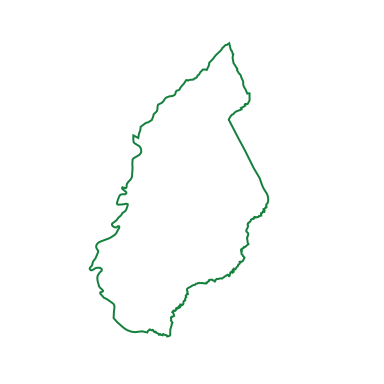 the district of Rong Kham, Kalasin, Thailand, rotated 21°
{"feature_id": "78962969B70209465678714", "entity_name": "Rong Kham", "entity_type": "district", "adm_level": 2, "iso_a3": "THA", "parent_name": "Thailand", "parent_adm1": "Kalasin", "projection": "albers", "projection_center": [103.731, 16.292], "detail": "fine", "context": "isolated", "style": "outline", "palette": "green", "viewbox_px": 384, "rotation_deg": 21, "n_neighbors": 0, "source": "geoboundaries", "source_scale": "gbopen_adm2", "svg_char_len": 6067}
<svg xmlns="http://www.w3.org/2000/svg" viewBox="0 0 384 384"><g transform="rotate(21 192 192)"><path d="M168.8,340.3L176.6,343.2L178.9,343.8L181.3,344.2L185.6,344.1L188.9,343.3L195.5,339.9L200.6,339.2L200.7,337.4L201.5,336.4L201.6,335.6L201.9,335.4L203.9,335.6L204.3,335.4L204.5,334.9L205.0,334.8L205.4,335.0L205.6,335.4L206.9,336.2L207.4,336.2L207.8,335.5L208.1,335.4L209.0,336.2L211.8,336.4L212.3,337.1L212.7,336.9L213.2,336.1L214.1,336.5L215.8,336.3L215.7,335.3L216.0,335.0L217.7,335.2L218.3,335.0L219.9,334.9L220.2,335.1L220.3,335.6L220.6,335.7L222.4,334.6L222.9,333.3L221.1,328.5L220.7,323.5L220.3,322.2L220.6,321.9L220.5,320.8L218.4,319.6L218.3,318.5L217.4,317.0L217.5,315.9L218.6,315.5L219.2,314.5L219.7,314.0L218.7,312.8L217.9,311.6L216.7,311.2L217.3,310.2L217.1,309.6L217.3,309.3L217.7,309.4L218.1,309.0L218.7,309.1L219.0,308.9L219.1,308.2L219.4,307.7L219.0,306.7L219.5,306.5L219.8,305.8L220.3,306.0L220.9,305.3L219.9,305.2L220.6,304.5L220.7,303.7L221.6,303.6L221.1,303.1L221.5,301.8L221.4,301.2L222.0,301.0L222.5,302.1L223.2,301.3L223.2,300.9L224.0,300.3L223.9,299.1L223.4,297.9L223.6,297.3L223.5,296.7L224.0,296.3L224.5,295.5L223.9,294.7L224.0,293.8L223.9,292.7L224.3,292.1L223.5,291.4L223.3,290.9L223.8,290.0L223.9,289.2L224.7,288.9L224.8,288.6L223.7,287.9L223.5,286.5L222.4,285.5L222.2,284.2L222.9,282.8L224.2,281.5L225.9,279.2L226.9,278.2L228.1,277.5L228.6,276.3L229.5,275.8L230.2,274.9L231.1,274.7L231.6,274.1L233.6,273.7L234.3,273.2L236.2,273.0L237.0,272.5L237.8,272.5L238.0,271.6L238.6,271.3L238.5,270.8L238.8,270.4L239.0,269.9L239.5,269.6L239.7,269.2L239.5,268.1L239.7,267.8L242.2,266.6L243.2,267.1L244.4,266.7L245.1,267.4L245.4,267.4L245.7,265.3L246.2,264.3L247.9,263.7L249.3,262.5L251.0,262.1L253.1,258.8L254.5,257.1L254.8,256.5L255.5,256.5L256.5,257.3L257.0,257.2L257.0,255.0L256.7,253.8L256.8,253.0L257.3,252.7L258.7,252.9L259.4,251.9L259.4,251.5L259.2,251.2L258.1,251.3L257.8,250.8L257.8,250.5L258.5,248.7L259.1,249.1L259.6,249.2L260.3,248.3L260.6,246.2L261.4,244.9L261.2,243.2L261.8,242.6L262.2,241.8L262.1,241.1L261.5,240.1L261.9,239.8L262.4,240.1L262.8,240.0L264.1,238.3L264.6,234.8L264.6,234.6L263.9,234.3L263.5,233.8L262.5,233.5L261.6,232.5L260.6,232.2L259.4,230.2L259.8,229.6L259.8,229.3L259.1,229.2L258.5,228.7L258.6,227.7L259.3,227.3L259.3,226.6L260.2,225.9L260.2,224.6L261.1,224.3L261.7,223.8L262.0,222.7L263.4,220.4L262.1,219.3L260.9,216.9L259.8,215.4L260.0,214.5L259.7,214.1L259.9,212.4L259.6,211.0L258.7,210.1L257.7,209.8L256.5,208.8L256.4,207.1L256.6,206.4L256.7,204.1L256.4,203.2L255.7,202.8L255.4,201.2L256.4,199.9L256.4,199.3L256.8,199.0L257.1,197.6L257.0,196.8L257.2,196.3L258.5,195.0L259.2,195.0L259.3,194.6L259.0,193.7L259.3,192.8L260.1,192.7L260.9,193.0L261.8,192.0L262.7,191.7L263.1,190.5L263.7,190.4L264.3,189.7L265.1,189.2L264.5,188.1L264.5,187.7L264.1,187.4L264.1,187.0L264.9,186.8L265.2,184.7L265.5,184.7L265.7,185.1L266.2,184.9L265.7,184.4L265.6,183.9L266.5,184.1L266.4,183.3L265.3,183.1L264.9,182.3L265.8,181.8L266.0,180.7L266.6,180.3L267.0,179.4L266.9,179.2L266.4,179.2L266.2,177.7L265.8,177.1L266.5,175.4L266.4,174.7L266.6,174.2L265.7,171.3L264.9,169.6L262.7,166.9L257.5,163.0L254.8,160.3L250.2,154.8L241.1,147.6L226.3,134.0L216.6,125.7L200.4,111.3L200.7,108.3L201.5,105.7L202.6,104.6L203.4,102.5L204.2,101.2L206.2,99.3L207.9,97.9L208.7,97.0L208.7,96.7L207.6,96.0L210.1,93.3L210.8,92.3L209.9,91.4L210.2,90.7L212.1,90.1L212.4,89.9L212.9,86.2L212.8,85.6L210.4,79.3L209.9,79.4L208.5,80.3L208.3,80.3L205.5,77.3L202.5,74.9L201.3,73.3L200.2,70.5L196.9,67.3L195.8,65.7L194.7,65.0L193.6,64.6L190.7,62.4L190.3,61.9L190.4,61.2L189.7,60.5L189.2,60.0L188.7,59.9L187.2,58.6L184.6,56.8L181.7,52.0L181.1,48.5L180.5,48.5L178.9,46.2L177.6,45.7L177.1,45.1L173.4,39.8L171.9,42.1L170.8,42.7L170.4,43.1L169.5,45.3L168.8,46.5L168.6,48.0L168.0,50.0L165.3,55.6L164.5,57.9L164.0,60.0L162.1,64.5L161.8,65.5L162.1,66.2L162.4,68.0L162.0,72.8L160.9,72.8L158.6,73.6L158.0,74.2L157.5,75.8L156.9,76.9L156.5,79.7L155.5,81.2L155.4,83.1L154.4,84.7L153.5,85.2L152.9,86.6L149.8,88.1L148.7,88.9L148.4,89.4L147.0,89.4L146.5,89.6L145.5,94.1L144.5,96.5L143.8,98.7L143.6,100.9L143.1,101.7L141.7,102.6L141.1,103.6L141.0,104.1L141.3,106.5L141.1,107.4L139.4,109.4L136.9,110.6L134.3,112.9L133.4,114.3L132.8,117.5L132.2,118.9L131.5,120.0L129.1,122.5L129.1,123.7L129.3,125.0L130.0,126.9L130.2,128.9L130.1,129.5L129.4,131.2L128.6,132.5L128.4,133.2L128.7,135.3L128.7,139.1L126.1,142.7L124.8,143.5L124.0,144.3L120.7,149.5L121.5,152.3L121.7,157.2L122.5,160.8L117.0,160.2L118.3,163.9L119.7,166.4L120.9,167.1L126.3,168.1L127.7,168.8L129.1,170.3L129.9,171.9L130.3,173.2L130.2,174.0L129.8,175.6L129.1,176.8L125.3,181.5L125.0,182.4L125.0,183.5L126.6,188.1L127.8,190.6L130.0,197.6L130.4,199.0L130.5,200.7L130.2,202.4L129.0,205.2L128.4,207.3L128.4,208.4L129.1,210.8L129.1,211.7L128.8,212.1L128.3,212.3L125.4,212.5L125.3,213.2L125.4,213.6L126.0,214.1L130.5,215.6L130.9,216.0L131.1,216.6L130.9,217.4L130.4,218.1L127.5,219.2L126.3,220.1L125.8,221.0L125.6,222.7L125.6,225.9L125.9,229.5L126.1,229.8L126.7,230.2L127.5,230.3L128.1,230.1L132.2,228.2L134.7,226.6L135.8,226.4L136.3,226.4L136.6,226.8L136.8,228.2L136.9,232.0L136.6,233.3L136.1,234.5L134.6,236.5L134.1,239.3L132.5,242.3L131.6,245.6L129.0,249.7L128.8,250.4L129.0,251.3L129.8,252.0L131.0,252.5L132.2,252.7L132.9,252.6L134.0,252.1L135.2,250.5L135.6,250.3L136.2,250.2L136.6,250.5L136.9,251.7L136.4,254.4L136.0,258.0L135.3,259.6L132.5,263.5L131.3,264.9L124.7,270.7L123.1,272.4L122.3,273.7L121.9,275.4L121.9,276.8L122.3,277.8L123.4,279.1L125.5,280.5L125.9,281.7L125.7,288.4L124.5,292.6L125.0,296.4L123.9,299.3L123.9,300.0L124.1,300.5L124.7,301.0L125.5,301.2L126.0,301.2L127.0,300.6L129.4,297.5L130.3,296.9L131.9,296.2L133.5,295.8L134.5,296.0L135.3,296.4L135.8,297.1L135.8,298.0L134.7,300.2L134.0,303.3L134.0,304.5L134.5,306.4L135.7,308.8L139.1,313.4L140.4,314.3L142.9,315.2L144.3,316.0L144.4,316.5L144.2,317.1L142.5,318.4L142.4,319.1L142.8,319.7L147.7,322.3L150.7,322.5L153.0,323.0L158.6,324.5L159.3,325.0L160.1,325.7L160.8,327.0L162.1,332.0L164.0,337.8L168.8,340.3Z" fill="none" stroke="#15803d" stroke-width="2"/></g></svg>